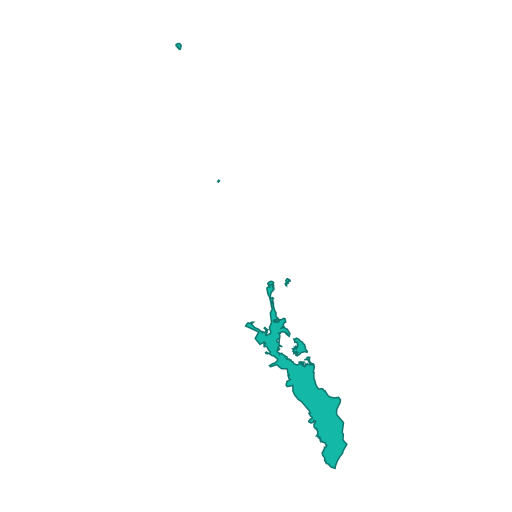 Cartagena De Indias, Bolívar, Colombia (Robinson projection), rotated 129°
{"feature_id": "7082276B69747109400917", "entity_name": "Cartagena De Indias", "entity_type": "district", "adm_level": 2, "iso_a3": "COL", "parent_name": "Colombia", "parent_adm1": "Bolívar", "projection": "robinson", "projection_center": [-75.517, 10.041], "detail": "fine", "context": "isolated", "style": "filled", "palette": "teal", "viewbox_px": 512, "rotation_deg": 129, "n_neighbors": 0, "source": "geoboundaries", "source_scale": "gbopen_adm2", "svg_char_len": 6097}
<svg xmlns="http://www.w3.org/2000/svg" viewBox="0 0 512 512"><g transform="rotate(129 256 256)"><path d="M358.8,87.1L358.2,86.3L358.2,85.3L357.6,84.9L358.7,82.0L359.0,82.3L359.1,81.7L360.4,81.3L361.6,82.5L362.1,81.7L364.5,81.4L365.2,80.5L366.1,80.9L367.5,80.6L369.0,78.5L369.6,75.6L370.6,74.5L371.1,74.7L371.9,73.6L371.8,72.0L372.4,72.0L373.0,70.8L371.9,68.2L372.4,67.8L372.8,64.4L372.0,63.5L372.1,62.5L371.2,60.9L369.8,61.9L364.5,63.7L358.9,64.6L354.8,64.6L352.6,65.7L345.2,66.9L344.9,67.2L345.0,69.0L344.1,72.8L339.6,75.9L339.1,77.5L338.2,78.4L330.4,83.1L328.7,92.5L327.9,94.3L324.0,96.9L317.3,98.3L314.6,99.8L313.9,102.9L317.1,105.9L319.0,109.8L319.2,112.1L317.3,117.7L317.9,118.6L317.3,120.3L317.7,121.5L319.7,123.2L319.7,125.3L318.4,128.3L314.9,133.3L315.1,133.6L310.5,137.4L310.3,138.1L310.0,137.8L309.8,138.6L305.8,140.7L303.9,142.7L303.8,143.7L304.6,145.8L304.4,147.5L303.1,149.3L300.9,150.5L301.2,150.9L300.7,151.2L301.2,151.1L302.6,152.5L303.4,151.7L306.3,153.0L303.8,150.8L305.4,147.1L306.0,146.7L305.2,146.3L305.7,146.1L304.5,144.6L305.2,143.6L305.4,144.7L306.5,145.2L306.3,146.0L308.2,147.8L307.6,148.4L309.3,148.6L309.1,149.1L309.7,148.7L309.5,149.2L309.8,148.7L311.7,148.7L311.6,151.2L311.2,151.2L310.9,150.2L310.0,150.8L311.5,151.4L311.1,151.6L311.5,151.9L311.5,152.5L310.4,151.3L309.2,152.4L308.4,151.8L308.2,152.0L309.4,153.2L310.0,154.6L311.6,155.7L311.9,155.2L311.3,155.2L310.8,154.4L310.9,153.2L311.5,152.5L311.1,154.3L313.4,154.6L313.6,154.2L313.5,154.6L314.6,155.3L315.6,157.8L315.8,158.9L315.0,160.8L315.6,161.8L314.8,163.4L315.2,164.0L315.3,163.5L315.8,165.1L315.3,165.7L316.8,167.0L316.8,167.5L315.5,167.6L314.9,168.6L315.4,169.8L315.9,170.0L315.3,170.4L315.7,173.7L315.4,174.7L316.1,174.7L316.7,176.5L317.5,176.1L316.9,177.3L317.1,179.3L316.2,179.9L315.7,179.6L315.5,180.1L314.8,179.5L314.0,180.7L313.8,179.5L315.2,179.1L313.4,179.2L313.4,180.7L312.5,181.3L311.3,180.8L311.1,181.3L310.0,178.4L310.6,182.2L306.4,185.1L308.8,183.9L309.6,185.6L308.9,186.6L307.5,186.8L306.3,186.6L305.8,185.5L303.3,187.0L301.8,188.6L302.0,190.4L301.3,189.3L301.6,188.8L300.7,188.6L301.2,188.1L300.1,188.8L299.1,188.5L296.9,185.8L297.0,185.1L296.5,184.3L297.0,183.7L296.9,183.2L297.5,183.7L297.6,183.3L297.6,180.9L296.8,181.1L297.6,180.5L297.5,179.6L295.0,180.8L293.2,185.6L293.9,187.7L293.4,189.1L296.2,190.9L294.5,191.0L294.2,190.4L293.3,190.3L291.9,191.8L289.6,192.0L288.7,191.3L286.4,194.1L287.4,195.5L289.2,195.9L290.7,197.6L290.8,197.2L292.7,197.1L292.5,197.6L293.1,197.3L293.8,197.9L293.7,198.2L295.1,198.6L295.8,200.7L295.6,201.5L294.7,201.8L293.9,201.2L295.2,200.6L294.8,200.1L293.1,199.6L292.1,200.2L292.1,199.2L290.9,198.2L290.2,202.6L288.2,204.2L288.8,204.0L288.4,204.5L287.4,204.8L286.7,207.2L284.0,210.7L284.4,211.3L284.2,212.0L284.1,211.2L282.0,212.4L279.6,215.7L278.0,215.7L277.9,216.9L279.3,217.4L279.2,218.3L278.1,219.7L275.2,221.1L273.2,221.3L272.6,220.9L271.6,221.6L271.0,221.1L271.3,220.8L270.7,221.0L269.5,222.1L269.9,222.7L269.4,223.8L269.0,223.5L268.6,224.3L268.6,226.0L267.0,225.6L267.4,225.0L268.0,225.2L267.7,223.9L267.0,224.9L265.5,225.6L265.7,227.7L266.7,228.8L268.6,229.6L270.1,229.5L270.9,227.4L269.8,227.4L269.8,226.9L271.0,226.8L271.5,225.9L271.9,226.6L270.8,226.9L271.0,227.3L271.9,226.9L274.1,227.4L278.0,222.9L279.5,219.4L282.0,216.3L281.5,214.5L282.4,212.6L283.1,214.1L282.3,215.8L285.8,211.9L286.8,210.0L291.3,209.0L297.9,202.1L303.3,200.4L305.6,196.9L306.9,196.0L311.2,197.9L311.2,198.4L312.0,198.3L311.0,199.0L310.3,198.7L309.4,199.5L308.3,199.3L308.1,200.0L307.1,200.1L306.7,200.6L305.8,200.4L306.3,201.9L305.9,204.1L306.9,204.2L307.1,201.9L308.2,201.0L310.2,201.1L310.6,203.0L311.1,202.4L311.5,202.8L311.3,207.6L312.4,211.9L311.8,216.6L312.5,216.9L309.1,216.3L310.4,217.8L312.5,218.5L312.7,219.7L313.4,220.3L316.9,220.1L313.4,206.0L320.6,204.7L322.2,197.3L317.6,195.4L317.9,193.7L318.1,193.4L318.8,194.6L319.5,194.4L319.8,193.5L321.2,193.0L321.3,192.5L320.1,191.8L319.7,189.9L321.2,187.1L321.5,184.4L322.9,184.0L324.0,185.6L324.1,187.5L325.3,187.6L325.4,187.2L325.0,185.8L324.4,185.9L323.6,184.1L323.3,180.8L322.5,179.3L322.4,174.1L324.5,173.5L327.4,174.1L329.1,175.3L332.8,176.5L332.9,175.0L327.4,171.5L327.6,165.3L324.1,160.8L327.1,157.3L327.9,155.2L328.5,156.1L328.9,155.6L330.5,153.2L330.4,151.5L334.0,153.0L337.4,151.4L337.8,149.5L333.4,145.8L337.7,142.4L339.6,138.6L340.9,132.7L340.5,129.0L342.7,117.5L343.6,115.2L344.9,115.9L345.8,112.8L345.9,113.5L346.1,113.9L346.0,111.0L346.5,110.1L348.9,111.2L351.0,111.1L351.4,110.7L351.7,110.0L351.2,109.4L351.3,108.4L350.6,107.7L348.8,106.8L346.8,107.8L347.3,107.3L346.9,106.7L347.1,105.7L348.7,105.1L350.2,105.1L352.4,103.2L352.7,101.1L351.9,100.3L352.8,99.8L353.6,97.2L355.2,96.5L355.7,95.8L357.8,95.8L357.0,94.6L357.7,93.9L356.5,92.8L357.2,92.3L357.1,91.6L357.6,91.7L357.2,91.4L357.4,90.8L357.9,91.3L357.8,90.7L359.1,89.9L358.9,89.3L359.5,88.7L358.5,88.2L358.8,87.1ZM298.6,155.7L297.7,156.2L297.2,159.2L295.7,160.2L295.4,161.4L294.2,162.5L294.5,164.2L293.7,165.6L294.3,168.0L293.7,170.3L294.4,172.0L294.2,172.7L296.3,173.6L296.8,174.3L297.2,173.6L296.6,173.5L298.6,171.5L297.9,171.2L297.8,170.2L297.0,169.4L298.5,168.4L298.6,167.4L299.9,167.4L300.7,166.3L301.4,167.1L301.3,168.1L301.8,167.8L302.4,168.7L302.0,166.6L302.8,166.1L303.2,167.4L303.4,167.0L303.9,167.8L303.5,168.5L304.3,168.1L305.1,169.1L305.7,167.4L306.8,167.4L306.6,166.7L308.0,165.1L306.1,164.4L305.8,163.7L306.2,163.3L305.9,163.1L305.2,163.3L304.9,164.4L306.3,165.4L304.6,164.5L304.9,163.6L304.6,163.3L304.6,163.0L304.9,163.3L306.3,162.3L307.3,163.3L307.8,162.0L308.1,163.1L308.0,162.2L307.3,161.2L304.7,160.2L302.8,160.2L299.7,158.0L298.6,155.7ZM143.5,448.2L143.1,446.1L143.7,445.6L142.8,445.0L139.4,446.7L139.0,449.1L140.3,450.6L142.1,451.1L142.9,450.4L142.7,448.4L143.5,448.2ZM256.5,213.8L256.1,214.9L254.6,214.4L254.4,214.8L254.2,213.8L253.4,214.2L253.8,217.2L254.7,217.6L256.4,217.3L257.2,216.1L258.9,215.6L258.5,215.7L259.0,215.0L259.3,215.5L260.0,214.6L259.3,214.3L259.5,213.8L258.4,214.6L256.5,213.8ZM222.0,331.6L220.6,331.8L220.5,332.7L222.3,332.6L222.0,331.6Z" fill="#14b8a6" stroke="#0f766e" stroke-width="1.5"/></g></svg>